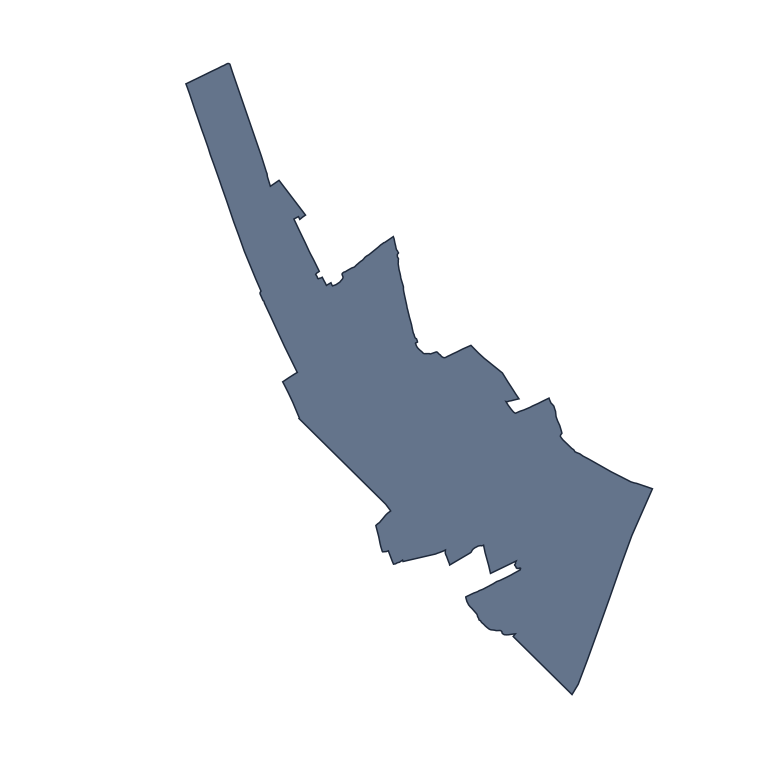 the district of Piscu Vechi, Dolj, Romania, rotated 314°
{"feature_id": "2599482B15359512308181", "entity_name": "Piscu Vechi", "entity_type": "district", "adm_level": 2, "iso_a3": "ROU", "parent_name": "Romania", "parent_adm1": "Dolj", "projection": "natural_earth1", "projection_center": [23.159, 43.89], "detail": "fine", "context": "isolated", "style": "filled", "palette": "slate", "viewbox_px": 768, "rotation_deg": 314, "n_neighbors": 0, "source": "geoboundaries", "source_scale": "gbopen_adm2", "svg_char_len": 6090}
<svg xmlns="http://www.w3.org/2000/svg" viewBox="0 0 768 768"><g transform="rotate(314 384 384)"><path d="M503.1,58.3L507.0,51.0L506.8,50.0L506.3,49.2L505.7,48.8L504.4,48.3L502.0,47.6L499.7,46.6L495.5,45.2L489.2,42.8L471.3,36.3L462.3,33.0L461.1,35.6L457.7,42.5L449.6,58.0L446.1,65.0L440.4,76.1L437.2,82.7L431.9,93.2L428.2,99.9L423.6,109.4L416.2,124.2L412.9,130.6L406.3,143.8L396.0,163.7L389.8,176.6L382.5,191.2L370.4,218.9L365.5,230.8L365.2,231.1L364.8,231.1L363.8,231.3L363.1,231.8L362.6,232.6L362.4,233.0L362.3,233.4L360.2,238.5L360.0,239.2L360.1,239.4L360.2,239.6L360.2,240.0L359.9,240.5L359.7,241.0L359.5,241.4L359.4,241.5L359.2,241.6L353.7,256.0L348.5,269.3L341.8,286.6L340.7,289.7L332.6,312.1L332.1,313.6L328.5,312.6L322.6,311.2L315.2,309.6L314.2,312.6L313.0,316.1L311.1,321.5L307.5,331.0L300.7,346.8L300.1,346.8L298.7,468.7L297.5,476.1L297.3,477.0L293.9,476.4L291.9,476.3L290.5,476.3L285.9,476.7L283.6,476.8L281.2,477.0L279.3,476.6L276.6,476.4L276.1,477.1L270.4,486.4L266.5,492.0L264.7,494.8L262.4,499.0L262.3,499.6L265.1,502.1L267.0,503.0L262.5,512.5L261.0,516.0L262.8,517.3L264.2,517.6L265.4,518.2L266.4,518.9L270.2,519.7L269.5,521.0L297.7,539.3L299.0,539.8L301.1,540.9L304.8,542.6L307.3,543.5L305.9,544.6L304.9,545.6L304.1,547.0L303.6,548.5L301.0,553.9L300.3,555.6L299.4,557.0L311.7,560.4L322.5,563.4L323.1,563.4L323.8,563.5L324.9,563.1L325.8,562.9L327.1,562.8L328.5,563.0L329.3,563.1L330.0,563.4L330.6,563.6L332.8,564.3L333.0,564.4L334.8,565.7L335.4,566.6L336.7,567.4L337.2,567.6L332.9,573.9L326.0,585.6L321.7,592.2L348.6,602.1L348.4,602.2L347.3,602.2L347.1,602.4L346.7,602.8L346.2,603.4L345.2,603.5L344.7,603.5L344.4,603.9L344.3,605.1L344.0,606.1L344.0,606.4L343.7,606.6L343.6,606.9L343.7,607.1L343.8,607.4L343.7,607.8L343.9,608.1L344.6,608.4L344.9,609.3L346.1,609.5L346.3,610.3L344.9,611.1L341.7,610.1L337.2,608.7L335.0,608.1L329.8,606.3L323.1,603.8L320.2,602.3L316.1,601.3L307.2,598.4L305.6,597.9L304.6,597.5L301.4,596.0L300.0,595.7L298.2,594.9L296.0,593.8L287.8,590.7L287.2,591.2L285.1,594.8L284.4,597.0L283.9,598.2L283.8,599.4L283.7,599.9L283.6,600.8L283.6,601.4L283.6,602.4L283.6,603.2L283.5,604.2L283.0,610.3L282.8,611.1L282.3,612.1L281.8,612.7L281.7,613.0L281.4,613.9L281.1,614.9L281.0,615.2L280.4,616.0L280.3,616.3L280.3,616.6L280.4,616.9L280.6,617.3L280.8,617.8L280.7,618.1L280.5,618.8L280.3,619.6L280.3,620.9L280.4,621.7L280.4,623.1L280.4,623.8L280.3,624.6L280.4,626.9L280.7,629.8L281.2,631.2L281.7,632.0L282.9,633.5L283.6,634.4L284.4,635.8L284.8,636.3L285.4,636.9L286.9,638.3L287.3,638.7L287.5,639.0L287.6,639.3L287.7,639.6L287.7,639.8L287.7,640.4L287.7,640.8L287.6,641.0L287.1,641.6L286.9,641.9L286.8,642.6L286.9,643.1L286.9,643.7L287.3,644.8L288.5,646.2L289.9,647.6L292.0,649.2L294.1,650.8L295.5,652.0L292.1,652.3L291.2,735.0L302.9,732.3L326.8,722.0L356.0,708.9L386.7,695.0L420.5,679.4L447.1,667.6L495.1,649.9L488.0,634.7L486.8,632.9L485.1,629.5L478.6,608.2L472.2,583.4L470.4,577.3L469.8,573.3L468.5,570.3L467.9,568.3L468.5,566.2L468.1,563.8L468.1,560.4L468.1,554.5L468.1,551.4L468.5,548.6L468.9,547.1L470.2,546.4L471.5,546.3L472.2,546.2L473.2,544.6L476.2,539.3L478.1,534.4L480.1,530.4L483.5,526.4L484.5,524.4L486.1,521.5L486.3,519.3L486.3,517.4L487.6,514.2L488.5,512.5L481.7,510.0L477.1,508.4L471.1,506.0L468.8,505.3L462.4,502.6L458.8,500.7L454.3,498.9L454.1,498.3L453.8,496.7L454.2,493.0L454.5,491.2L455.0,488.1L455.8,485.0L456.1,483.9L456.5,484.6L457.4,485.3L458.7,485.9L460.1,487.0L462.4,488.4L465.1,490.1L467.1,491.4L467.5,489.5L468.3,485.7L469.5,480.8L471.6,471.6L474.2,461.5L472.1,438.2L471.9,430.5L472.2,419.7L463.9,416.3L457.8,414.2L452.9,412.3L450.8,411.6L448.0,410.5L446.6,410.1L445.8,409.8L445.3,409.5L445.0,409.3L444.6,408.8L444.2,408.2L444.1,407.6L443.9,407.2L443.8,405.8L444.0,404.6L444.0,404.0L443.8,403.4L443.8,402.8L443.8,402.0L443.9,400.7L443.8,399.8L443.2,399.2L441.8,398.5L439.0,397.1L438.1,396.6L437.6,396.2L437.3,395.4L436.7,394.8L435.2,393.3L433.7,391.8L433.4,390.8L433.5,388.7L433.3,386.3L433.3,383.9L433.5,382.3L434.0,380.7L434.5,379.7L435.2,378.3L435.4,378.2L436.3,378.6L437.4,379.0L437.6,378.8L438.3,377.6L438.8,376.6L439.1,375.9L438.9,375.3L438.8,374.7L439.0,373.8L439.3,373.3L439.6,372.6L440.5,371.2L440.9,369.9L441.5,368.9L442.1,368.0L443.7,365.6L445.8,362.6L448.3,358.4L449.9,355.6L451.3,353.5L452.0,352.3L453.7,349.7L454.8,347.8L456.3,345.8L458.9,341.9L460.5,339.5L462.1,337.1L464.3,333.9L465.3,332.6L466.0,331.8L467.0,330.9L467.6,330.2L468.9,327.9L471.5,323.2L472.0,322.3L472.9,321.3L474.5,319.0L476.8,315.3L480.4,310.6L481.2,310.0L481.9,309.4L482.5,308.6L483.0,308.3L484.0,307.6L484.4,307.0L484.5,306.6L484.4,306.1L484.6,305.7L484.8,305.3L485.1,305.0L485.7,304.3L486.3,303.7L486.9,303.5L488.1,303.5L488.3,303.4L488.5,303.2L488.5,302.9L488.8,301.8L489.1,301.2L489.1,300.5L489.5,299.3L490.5,297.7L491.4,296.5L493.2,293.6L495.4,290.5L496.5,288.3L489.7,286.9L486.3,286.2L485.5,285.7L483.7,285.4L481.7,285.0L478.4,284.8L469.5,283.7L466.3,283.3L465.7,283.1L465.1,282.9L464.0,282.6L462.7,282.4L461.6,282.3L460.9,282.4L459.9,282.5L458.6,282.5L457.9,282.5L456.3,282.1L454.0,281.8L452.3,281.7L450.5,281.5L448.3,281.5L447.8,281.5L447.3,281.3L446.8,281.1L445.7,280.5L444.8,280.1L441.1,279.0L440.4,278.8L438.4,278.3L437.9,278.2L437.4,277.9L437.0,277.6L436.5,277.4L435.4,277.2L434.5,277.2L433.9,277.5L433.7,277.7L433.4,278.2L432.9,279.4L432.5,280.2L432.2,280.5L431.8,280.7L431.1,281.0L430.5,281.2L429.9,281.2L428.6,281.3L427.7,281.3L427.3,281.4L426.7,281.4L426.2,281.4L425.1,281.1L422.7,280.6L422.2,280.5L421.1,280.0L418.8,278.8L418.9,278.3L419.4,276.8L420.0,275.5L416.9,274.6L414.9,274.1L415.8,271.8L416.4,269.8L417.2,267.4L417.9,265.4L416.9,265.1L416.4,264.9L416.0,264.7L415.5,264.3L415.3,264.2L414.7,263.8L414.3,263.7L414.0,263.6L413.9,263.2L413.9,262.8L414.7,261.5L415.4,258.7L417.0,258.6L417.5,258.6L418.4,258.9L420.1,259.2L424.6,246.7L426.5,240.8L427.6,237.7L428.2,236.2L430.8,229.5L435.4,217.0L438.7,208.3L439.9,205.0L440.1,204.6L444.2,205.9L445.0,206.2L443.9,209.1L447.4,209.5L451.0,210.2L457.6,167.0L447.3,164.9L452.1,156.2L454.1,153.7L454.8,152.1L462.9,137.2L503.1,58.3Z" fill="#64748b" stroke="#1e293b" stroke-width="1.5"/></g></svg>